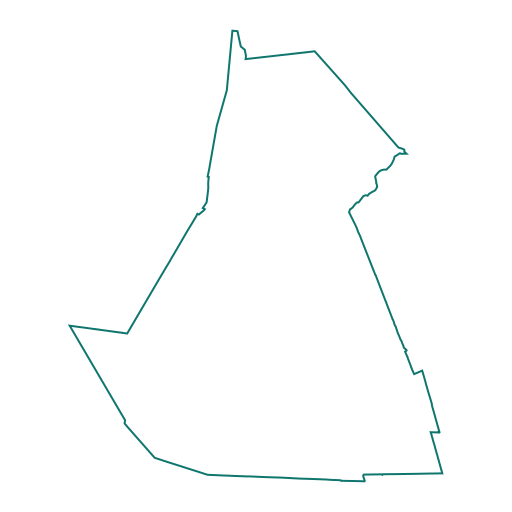 outline of El Carmen, Nuevo León, Mexico
{"feature_id": "50627088B1236643819517", "entity_name": "El Carmen", "entity_type": "district", "adm_level": 2, "iso_a3": "MEX", "parent_name": "Mexico", "parent_adm1": "Nuevo León", "projection": "mercator", "projection_center": [-100.342, 25.914], "detail": "fine", "context": "isolated", "style": "outline", "palette": "teal", "viewbox_px": 512, "rotation_deg": 0, "n_neighbors": 0, "source": "geoboundaries", "source_scale": "gbopen_adm2", "svg_char_len": 3510}
<svg xmlns="http://www.w3.org/2000/svg" viewBox="0 0 512 512"><path d="M232.4,30.7L226.8,90.4L216.8,125.8L210.0,164.3L209.3,168.6L207.6,176.7L208.8,177.0L208.4,180.1L208.3,181.6L208.2,183.8L208.3,186.9L208.2,189.5L206.6,202.4L202.8,208.1L204.8,209.2L203.7,210.5L201.6,212.2L198.9,214.5L197.4,213.8L197.1,214.4L196.9,214.8L195.9,216.9L195.8,217.0L191.3,224.5L191.2,224.7L191.0,224.9L190.9,225.1L186.2,232.9L180.2,243.3L171.9,257.5L170.0,260.8L169.6,261.5L168.0,264.2L166.7,266.3L163.7,271.3L163.4,271.9L163.3,272.1L162.9,272.7L162.8,272.9L160.6,276.6L158.7,279.8L127.2,333.5L69.7,325.7L111.5,397.1L123.6,417.7L125.0,420.1L125.1,420.3L124.6,423.1L124.6,423.5L127.8,427.3L128.0,427.5L154.7,457.8L162.9,460.5L166.6,461.7L176.0,464.7L177.9,465.3L178.5,465.5L179.4,465.8L179.7,465.8L183.5,467.1L191.1,469.5L191.6,469.7L197.1,471.4L198.6,471.9L198.9,472.0L200.5,472.5L201.4,472.8L202.9,473.3L205.0,474.0L207.7,474.8L221.7,475.4L223.2,475.5L224.5,475.5L225.8,475.6L227.1,475.6L228.4,475.7L229.6,475.7L230.9,475.8L232.1,475.9L233.4,475.9L234.6,476.0L235.7,476.0L238.6,476.1L244.4,476.3L244.8,476.3L245.7,476.4L248.4,476.4L249.3,476.4L265.2,477.1L277.3,477.5L281.4,477.6L299.9,478.6L310.0,478.9L312.5,479.0L318.4,479.2L326.0,479.5L331.7,479.9L339.7,480.2L340.7,480.4L340.9,480.4L341.0,480.7L341.4,480.8L341.9,480.9L342.4,480.8L347.3,480.9L357.4,481.1L364.0,481.3L364.4,481.3L364.7,481.1L364.7,480.8L364.7,480.6L363.3,476.6L363.3,476.1L363.3,475.4L363.5,475.0L363.7,474.6L382.1,474.3L382.4,474.8L383.2,474.3L385.6,474.2L396.7,474.1L417.3,473.8L426.7,473.6L433.6,473.5L433.9,473.5L440.2,473.4L442.3,473.4L439.0,461.6L438.6,460.0L438.1,458.5L437.7,456.9L437.3,455.3L436.8,453.7L436.3,452.0L435.8,450.2L434.2,444.2L433.7,442.7L433.2,441.1L432.8,439.5L432.4,438.0L431.9,436.4L431.5,434.8L431.0,433.2L430.7,432.2L433.8,432.3L438.8,432.5L438.6,431.9L439.4,431.9L437.1,423.8L433.8,412.0L432.7,408.2L432.2,406.5L431.7,403.4L429.6,396.3L428.5,392.8L426.0,384.2L425.4,381.6L425.3,381.3L424.2,377.5L422.2,370.6L414.2,374.1L412.1,369.6L409.7,363.1L407.5,357.4L407.5,357.0L407.5,356.8L407.4,356.7L407.2,356.5L406.0,353.7L405.1,351.6L406.4,350.8L406.6,350.5L406.6,350.3L406.5,350.1L406.2,349.7L404.0,347.8L403.8,347.3L403.5,346.8L403.5,346.1L403.2,345.3L402.5,343.8L401.5,341.1L400.4,339.3L399.7,337.5L399.1,335.9L397.8,333.1L395.9,327.2L395.6,326.4L395.3,325.8L395.0,325.5L394.4,324.3L394.3,324.0L394.3,323.6L394.1,322.8L393.0,319.8L392.5,319.2L392.4,318.7L386.3,302.9L386.1,301.9L385.8,301.6L383.6,295.9L378.8,283.5L375.6,275.0L375.3,274.9L360.5,237.2L360.5,236.9L359.7,235.3L359.5,234.8L359.1,233.9L358.3,232.3L357.8,231.3L357.7,230.5L356.1,226.5L349.1,212.4L350.0,209.4L350.5,209.0L351.2,208.7L352.7,207.4L355.1,204.3L356.6,202.8L357.1,202.5L357.5,202.4L357.8,202.4L358.2,202.5L358.5,202.4L358.9,202.0L363.3,196.2L364.5,195.6L365.4,195.4L366.1,195.3L366.7,195.4L367.6,195.7L369.0,193.9L370.4,193.0L373.0,191.5L374.8,190.6L375.6,189.7L376.3,188.5L377.1,187.0L377.1,186.4L377.0,185.6L376.6,183.9L376.4,183.6L376.2,183.2L376.2,182.8L376.2,181.6L375.3,177.3L375.2,176.7L375.4,175.9L378.0,172.7L379.3,171.4L381.2,170.3L382.6,169.9L384.0,169.6L385.0,169.6L385.8,169.7L386.3,169.7L389.3,166.8L390.4,165.6L391.5,164.2L392.4,162.5L393.8,159.6L394.6,156.6L397.7,154.8L399.7,153.3L400.1,153.3L401.2,153.8L406.5,153.7L404.4,151.7L404.3,150.4L404.3,149.7L402.6,148.8L398.4,147.5L351.0,93.0L344.8,85.1L314.7,51.3L245.6,59.1L246.0,56.2L244.8,49.8L240.8,46.5L239.2,39.3L237.5,31.2L232.4,30.7Z" fill="none" stroke="#0f766e" stroke-width="2"/></svg>